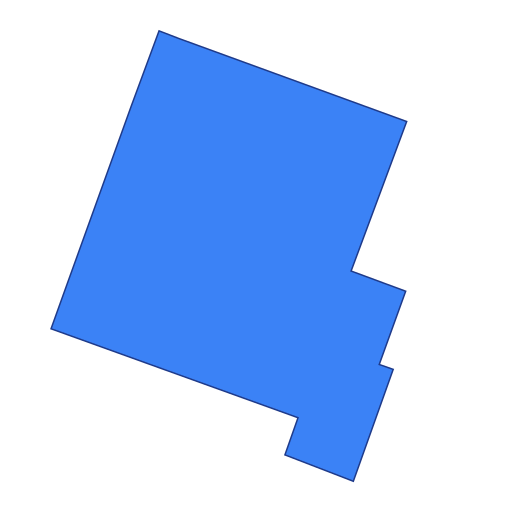 outline of Chickasaw, Mississippi, United States of America, rotated 290°
{"feature_id": "52423323B84097929612493", "entity_name": "Chickasaw", "entity_type": "district", "adm_level": 2, "iso_a3": "USA", "parent_name": "United States of America", "parent_adm1": "Mississippi", "projection": "equal_earth", "projection_center": [-88.985, 33.907], "detail": "fine", "context": "isolated", "style": "filled", "palette": "blue", "viewbox_px": 512, "rotation_deg": 290, "n_neighbors": 0, "source": "geoboundaries", "source_scale": "gbopen_adm2", "svg_char_len": 332}
<svg xmlns="http://www.w3.org/2000/svg" viewBox="0 0 512 512"><g transform="rotate(290 256 256)"><path d="M117.5,88.3L118.4,350.8L79.0,351.2L77.6,424.5L196.4,423.7L196.2,408.9L274.1,408.7L274.4,350.5L433.9,351.6L434.0,109.2L434.4,87.9L354.8,87.5L166.1,88.1L117.5,88.3Z" fill="#3b82f6" stroke="#1e3a8a" stroke-width="1.5"/></g></svg>